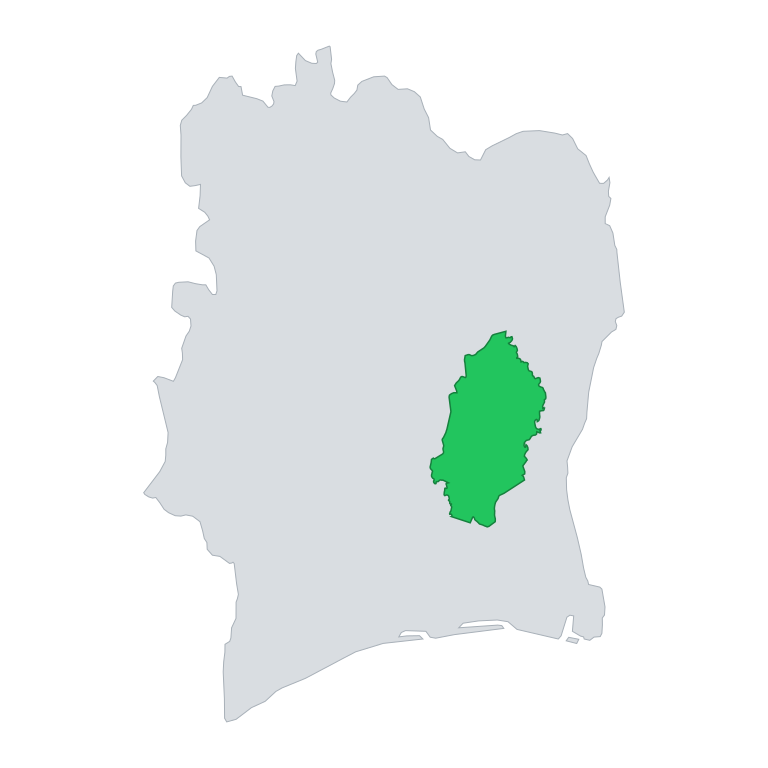 location of N'zi-Comoé within Ivory Coast
{"feature_id": "CIV-3452", "entity_name": "N'zi-Comoé", "entity_type": "Department", "adm_level": 1, "iso_a3": "CIV", "parent_name": "Ivory Coast", "parent_adm1": "", "projection": "equal_earth", "projection_center": [-4.27, 7.107], "detail": "fine", "context": "in_parent", "style": "filled", "palette": "green", "viewbox_px": 768, "rotation_deg": 0, "n_neighbors": 0, "source": "natural_earth", "source_scale": "10m", "svg_char_len": 8288}
<svg xmlns="http://www.w3.org/2000/svg" viewBox="0 0 768 768"><path d="M193.3,105.4L195.7,105.3L201.7,102.9L207.2,97.6L212.4,86.4L219.3,77.4L227.1,78.1L229.4,76.4L232.1,76.1L235.4,82.0L238.6,86.5L241.0,86.6L242.6,95.2L256.8,98.7L262.9,101.1L268.0,107.3L269.8,107.4L271.9,106.1L273.6,104.0L274.0,101.6L271.8,96.0L272.8,90.9L275.1,86.4L278.7,86.1L284.2,84.9L290.5,84.8L295.2,85.6L297.1,81.1L295.4,68.5L295.9,61.5L296.7,55.6L298.4,53.2L305.4,60.6L311.8,63.3L316.4,63.5L317.7,62.1L315.8,54.0L316.3,51.6L318.0,50.2L321.0,49.4L329.3,46.1L330.1,46.7L331.6,59.4L330.9,63.6L332.6,72.2L334.7,80.3L334.5,83.5L332.8,88.5L330.7,93.1L330.9,94.9L334.2,98.0L340.4,101.2L346.9,102.0L350.5,97.3L354.3,93.5L356.9,90.1L357.8,85.1L361.9,81.4L373.7,76.8L384.5,76.1L387.1,77.6L391.9,84.6L398.1,89.4L407.5,88.8L414.4,91.7L420.3,97.0L424.2,109.0L428.6,117.7L430.5,130.0L437.3,136.4L442.7,139.4L449.9,148.3L457.5,152.9L465.3,151.8L468.9,156.5L474.7,159.8L480.5,160.0L485.7,149.7L492.4,145.7L509.5,137.4L516.2,133.7L523.1,131.3L539.5,130.6L554.8,133.1L562.4,135.0L567.6,133.6L572.6,138.5L577.7,148.8L581.8,152.1L586.1,155.6L589.3,163.7L593.0,171.8L595.0,175.4L599.6,183.3L603.6,183.4L607.5,180.0L609.1,177.4L609.9,182.7L608.4,191.2L608.7,196.4L610.9,198.5L609.7,205.2L605.2,216.8L605.2,223.6L609.7,225.7L612.9,233.0L614.8,245.4L616.8,249.5L616.9,252.1L620.2,282.1L624.3,312.2L621.7,316.1L618.2,317.3L616.0,318.7L615.3,321.5L616.8,325.6L615.9,329.4L611.5,332.0L602.0,341.5L601.3,345.3L598.8,353.5L596.7,358.5L593.6,367.7L588.7,392.2L586.9,412.4L586.6,418.7L584.7,423.0L582.5,429.3L572.2,446.7L567.0,460.9L567.6,467.0L567.9,473.2L566.3,477.7L566.6,489.7L567.9,499.8L569.8,509.6L577.3,537.5L581.2,554.4L583.6,568.1L585.8,577.3L587.8,581.0L588.6,584.5L599.8,587.1L601.9,589.1L605.0,606.9L604.5,615.0L602.3,618.0L602.4,624.8L601.9,633.3L600.2,636.6L594.0,637.1L589.8,640.3L584.2,639.0L583.6,636.9L580.6,636.1L572.4,631.3L573.7,615.9L569.9,615.2L566.9,617.2L561.1,635.8L558.3,639.0L517.0,629.4L508.0,621.7L497.3,620.0L478.5,620.9L463.1,623.2L458.7,627.8L497.7,625.1L501.8,625.6L503.8,628.4L454.5,634.6L435.7,638.2L430.2,637.2L425.9,631.3L405.5,630.6L401.3,632.5L398.8,636.9L406.8,635.9L419.5,635.7L422.9,639.0L383.2,643.4L355.7,651.8L344.0,657.9L305.5,678.3L282.1,687.9L275.9,691.4L265.2,701.3L251.5,707.6L236.1,719.3L226.7,721.9L224.6,718.2L224.4,698.4L223.2,671.9L223.7,661.8L224.9,652.2L225.0,644.3L229.7,641.4L230.9,638.0L231.6,627.8L236.0,618.4L236.1,602.1L237.4,598.7L238.4,594.4L236.6,583.7L234.2,563.5L233.0,562.2L231.9,563.0L229.5,563.4L219.9,556.4L212.4,555.2L207.2,549.3L206.9,542.5L204.3,538.5L202.6,530.7L200.0,521.7L192.7,516.2L185.8,514.9L180.9,516.1L175.2,515.7L168.6,512.7L164.1,509.3L159.8,502.7L155.8,497.5L152.6,498.1L148.7,496.9L144.9,494.5L143.7,492.7L159.7,471.7L165.2,461.5L165.8,455.2L165.8,448.9L167.6,442.4L168.1,432.5L159.4,396.7L157.2,385.6L154.8,382.4L153.3,381.1L157.8,376.5L163.9,377.7L173.4,381.3L175.4,377.8L182.6,359.7L182.4,353.0L181.7,348.3L186.0,336.0L189.3,331.2L191.0,326.0L190.5,319.0L188.0,316.3L184.7,316.8L180.8,315.1L174.8,311.0L171.7,307.4L172.7,291.1L173.3,286.0L175.4,283.1L178.7,282.3L188.1,281.8L195.6,283.7L202.3,284.8L205.8,284.8L208.6,289.6L212.4,294.5L215.8,294.5L217.0,290.8L216.3,274.7L214.1,266.2L209.0,258.0L195.9,250.9L195.6,241.1L197.0,230.5L199.8,226.6L209.6,219.8L207.9,216.2L204.8,212.3L198.6,208.4L200.1,195.7L200.5,184.4L195.2,185.6L189.9,186.3L185.3,182.8L181.6,175.9L180.9,157.0L181.0,135.1L180.3,125.4L181.8,120.2L186.5,115.5L191.5,109.3L193.3,105.4ZM578.8,639.3L576.7,643.5L566.2,640.8L568.7,637.3L578.8,639.3Z" fill="#d9dde1" stroke="#a8b0b8" stroke-width="1"/><path d="M524.5,480.0L504.0,493.3L499.7,495.3L499.0,495.9L498.6,496.6L498.5,497.1L498.3,497.9L497.9,498.8L495.9,501.7L495.5,502.5L494.9,504.6L494.5,507.0L494.4,508.3L494.4,509.0L494.7,510.8L494.7,511.5L494.6,512.7L494.6,513.9L494.5,515.0L494.9,517.2L495.2,518.3L495.3,518.8L495.3,520.2L495.2,521.7L488.9,526.4L487.1,526.9L486.8,526.6L485.1,526.1L482.5,524.9L479.8,524.1L479.3,523.8L479.0,523.5L478.4,522.8L476.5,521.0L475.4,520.3L475.1,519.9L474.8,519.5L474.5,518.5L474.3,518.0L474.0,517.5L473.4,516.9L473.0,517.0L472.6,517.3L470.2,522.8L451.4,516.6L451.9,516.4L452.0,516.0L451.8,515.1L451.5,514.5L451.2,514.2L450.8,514.1L450.0,514.3L449.7,514.2L449.6,513.8L450.3,511.7L450.6,511.4L450.9,510.9L451.1,510.1L451.4,508.5L451.6,507.7L451.7,506.9L451.5,506.4L450.7,505.4L450.7,505.0L451.1,504.7L451.4,504.4L451.4,504.0L451.1,503.9L450.2,503.8L449.9,503.6L449.7,503.1L449.8,502.1L449.7,501.4L449.3,501.0L448.9,500.8L448.6,500.5L448.5,500.1L448.8,499.6L449.0,499.5L449.3,499.0L449.2,498.2L448.8,496.5L448.4,495.7L447.9,495.3L446.7,494.9L446.3,495.0L445.6,495.4L445.2,495.5L444.7,495.6L444.4,495.3L444.1,494.7L444.2,493.2L444.3,492.0L444.7,490.4L444.8,488.8L444.9,488.3L445.4,488.1L446.6,488.4L446.9,488.2L447.1,487.8L447.0,486.9L446.7,486.4L446.6,485.9L446.5,484.9L446.3,484.5L446.1,484.2L446.1,483.8L446.3,483.4L448.4,482.8L442.9,480.1L442.6,480.1L442.2,480.2L441.8,480.2L440.7,479.9L440.3,480.0L439.9,480.1L439.6,480.3L439.2,480.6L438.6,481.2L438.3,481.5L437.9,481.6L436.9,481.7L436.5,481.8L436.2,482.1L436.1,482.5L436.1,483.0L436.0,483.4L435.8,483.7L435.4,483.7L434.9,483.7L434.5,483.4L434.1,482.9L433.6,482.0L433.6,481.0L433.8,480.7L434.0,480.5L434.1,480.1L434.1,479.5L433.9,479.0L433.7,478.7L433.2,478.5L432.7,478.2L431.7,476.7L431.5,475.9L431.6,474.6L432.0,473.4L432.2,472.1L432.5,471.7L432.5,471.2L432.3,470.6L431.5,469.8L430.9,469.1L430.5,468.7L430.1,467.1L431.1,462.8L431.4,460.4L431.4,459.9L431.5,459.4L433.3,458.1L433.9,458.6L434.3,458.7L434.9,458.7L442.1,454.3L442.8,453.8L443.1,453.4L443.4,452.9L443.6,452.1L443.5,451.3L443.1,449.8L443.0,449.1L443.0,448.4L443.5,446.8L443.7,446.0L443.7,445.4L443.0,442.8L442.3,440.5L442.3,440.3L442.2,439.9L442.3,439.3L442.5,438.8L443.5,437.5L446.0,432.3L446.2,431.3L446.9,429.3L450.9,411.8L450.8,410.6L449.1,397.3L449.2,396.2L449.5,395.1L450.8,394.1L451.8,393.5L453.9,392.7L456.9,392.8L456.7,391.2L456.5,390.5L454.6,385.6L456.3,382.9L458.3,381.0L458.8,380.5L459.6,379.3L460.3,377.9L460.7,377.2L461.2,376.8L461.6,376.6L462.1,376.5L462.6,376.6L465.1,377.5L465.6,377.5L466.0,376.8L466.2,375.7L465.0,363.1L464.8,362.0L464.6,361.4L464.5,359.6L465.2,355.6L468.2,354.6L468.8,354.6L469.6,354.7L471.3,355.6L472.3,355.6L473.2,355.5L474.5,355.0L475.7,354.4L477.7,352.0L483.9,347.9L485.3,346.4L489.9,339.9L491.6,336.3L492.0,335.8L492.6,335.1L494.3,334.4L505.9,331.3L505.4,336.1L505.9,337.8L507.0,337.8L508.4,337.3L509.5,337.6L510.3,337.6L511.1,336.8L511.9,336.7L512.5,338.7L512.3,339.7L511.7,340.7L510.3,342.3L509.2,342.9L508.5,343.2L508.5,343.5L509.8,344.5L510.9,345.1L513.3,345.8L514.1,346.7L515.1,345.5L516.1,346.5L516.5,347.3L517.0,348.5L517.4,350.3L517.2,350.9L516.7,351.5L516.4,352.2L516.5,352.8L517.1,353.8L517.3,354.2L517.7,356.3L517.6,357.0L516.8,357.6L516.8,358.3L518.5,358.3L519.8,358.7L520.6,359.7L521.1,361.9L522.0,361.4L522.7,361.4L523.4,361.9L523.9,362.6L525.4,362.4L527.2,362.7L528.2,363.8L527.6,366.2L528.3,369.7L529.2,370.9L531.1,371.4L532.1,372.1L532.4,373.6L532.4,375.1L532.7,375.8L533.6,376.2L534.1,377.1L534.5,378.1L535.2,378.7L538.3,377.6L539.9,378.1L540.5,381.3L540.1,382.5L538.6,384.5L538.7,385.6L539.3,386.2L540.3,386.8L541.3,387.2L542.2,387.4L542.8,387.8L543.2,388.5L543.4,389.3L545.2,392.7L545.4,392.8L545.9,397.1L545.7,398.8L544.4,399.7L544.5,402.1L543.3,404.5L542.6,406.1L542.8,408.4L543.3,408.1L543.9,407.7L544.0,408.1L543.9,408.3L544.0,408.5L544.4,408.4L543.9,410.1L543.3,410.6L541.7,410.7L539.6,411.2L539.5,411.9L539.6,415.0L539.8,416.1L539.8,417.3L539.5,418.6L539.1,419.9L538.8,420.6L538.3,421.0L537.3,421.6L537.1,419.8L536.3,419.4L535.3,420.1L534.6,421.6L534.7,422.9L535.4,426.3L535.7,427.3L536.4,428.4L537.3,429.0L539.5,429.5L539.6,429.2L540.1,428.7L540.8,428.6L541.1,429.1L541.0,429.9L540.8,430.4L540.5,430.8L540.0,431.0L540.6,432.8L539.6,432.9L536.8,431.7L536.6,434.0L535.5,435.0L533.0,435.4L531.6,436.2L530.8,437.3L530.1,438.6L529.2,439.7L526.3,440.4L524.4,442.6L524.0,445.4L524.7,447.1L525.5,447.2L526.0,444.7L527.1,445.8L527.9,447.8L528.0,449.7L527.3,450.6L526.6,451.2L525.5,452.8L524.6,454.7L524.4,456.4L525.1,457.0L526.4,458.5L527.2,460.0L526.3,460.8L526.1,461.5L522.8,465.9L524.8,471.6L524.7,473.9L522.2,475.3L523.4,476.5L523.9,477.9L524.3,479.4L524.5,480.0Z" fill="#22c55e" stroke="#15803d" stroke-width="1.5"/></svg>